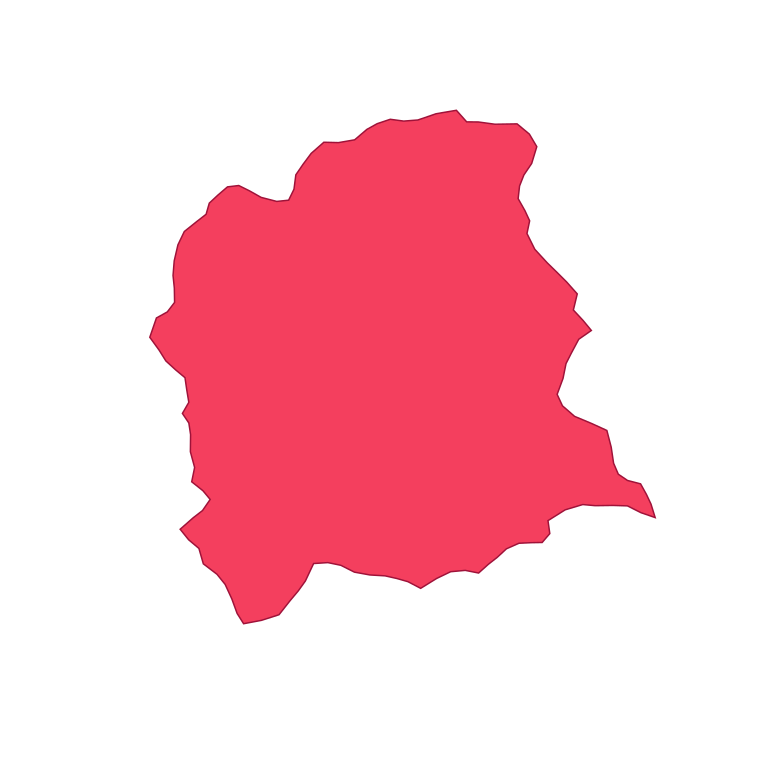 the district of Santa Efigênia de Minas, Minas Gerais, Brazil, rotated 61°
{"feature_id": "56859067B31006487845376", "entity_name": "Santa Efigênia de Minas", "entity_type": "district", "adm_level": 2, "iso_a3": "BRA", "parent_name": "Brazil", "parent_adm1": "Minas Gerais", "projection": "albers", "projection_center": [-42.4, -18.864], "detail": "fine", "context": "isolated", "style": "filled", "palette": "rose", "viewbox_px": 768, "rotation_deg": 61, "n_neighbors": 0, "source": "geoboundaries", "source_scale": "gbopen_adm2", "svg_char_len": 1718}
<svg xmlns="http://www.w3.org/2000/svg" viewBox="0 0 768 768"><g transform="rotate(61 384 384)"><path d="M525.6,623.0L531.3,605.8L534.9,587.7L527.9,571.0L523.4,559.3L518.2,548.3L506.9,532.6L513.0,519.7L521.6,509.7L534.2,501.1L544.2,488.9L552.3,476.1L560.4,467.0L568.5,458.9L580.5,451.0L579.6,432.2L580.5,416.7L586.4,403.3L595.2,392.9L592.3,380.2L590.5,369.0L587.5,356.8L588.7,343.2L594.1,332.3L599.3,322.5L595.2,311.5L583.0,306.8L581.9,286.5L585.8,268.6L592.8,258.3L601.1,242.8L608.6,230.2L621.2,221.6L632.3,211.6L618.5,208.7L607.9,208.0L595.7,208.0L586.4,217.8L576.5,222.8L564.6,221.6L549.4,215.9L532.7,211.6L519.4,221.4L504.7,233.0L489.6,238.5L477.0,237.6L465.9,224.7L454.4,214.9L448.1,205.6L439.3,192.0L437.7,176.7L424.8,179.1L411.1,182.5L398.9,171.3L383.3,174.8L371.5,178.2L357.1,182.5L339.3,186.8L321.7,186.0L311.9,177.5L300.9,176.7L286.9,176.8L276.5,169.4L269.0,160.3L262.7,147.9L250.5,135.3L235.9,135.7L221.0,141.5L210.6,161.0L200.6,174.4L194.8,184.6L179.7,188.0L172.9,207.3L169.5,226.4L163.6,239.3L155.5,250.2L153.0,263.8L153.0,275.5L156.2,291.3L150.8,306.8L143.4,319.4L147.0,335.9L152.6,348.3L158.3,359.7L170.0,368.3L177.0,378.3L172.3,389.3L161.2,401.0L149.7,408.1L140.0,414.8L135.7,425.3L138.2,437.5L141.1,449.1L149.3,457.3L151.1,468.9L153.8,484.7L162.4,496.8L174.6,507.8L186.8,515.9L198.5,520.9L211.1,527.6L215.9,538.6L215.9,551.0L229.6,566.2L245.2,564.3L258.1,563.6L270.9,559.3L282.0,555.0L293.9,559.5L305.4,563.6L312.0,574.6L323.5,573.6L334.5,577.7L349.4,586.2L365.2,590.1L376.3,599.6L389.6,594.1L400.7,592.0L406.7,604.1L408.5,615.8L412.2,632.7L425.5,630.4L438.1,625.6L453.7,629.2L469.5,622.3L482.3,620.1L498.3,621.3L513.5,623.7L525.6,623.0Z" fill="#f43f5e" stroke="#9f1239" stroke-width="1.5"/></g></svg>